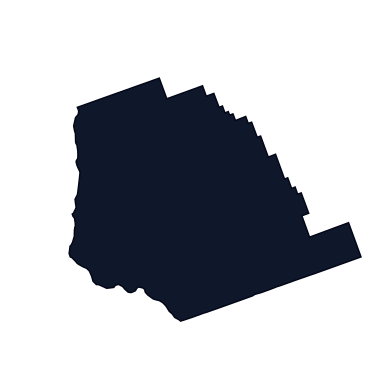 the district of Wallowa, Oregon, United States of America, rotated 160°
{"feature_id": "52423323B53292465895893", "entity_name": "Wallowa", "entity_type": "district", "adm_level": 2, "iso_a3": "USA", "parent_name": "United States of America", "parent_adm1": "Oregon", "projection": "mercator", "projection_center": [-116.925, 45.54], "detail": "fine", "context": "isolated", "style": "filled", "palette": "ink", "viewbox_px": 384, "rotation_deg": 160, "n_neighbors": 0, "source": "geoboundaries", "source_scale": "gbopen_adm2", "svg_char_len": 2124}
<svg xmlns="http://www.w3.org/2000/svg" viewBox="0 0 384 384"><g transform="rotate(160 192 192)"><path d="M270.8,310.8L270.7,308.3L270.8,306.9L271.0,306.3L272.4,303.8L276.0,301.7L280.3,295.0L280.6,294.5L280.7,293.9L281.5,289.1L281.5,287.0L284.2,278.9L284.4,277.8L284.1,275.2L284.2,274.7L285.3,269.5L286.6,265.7L287.5,263.3L288.2,262.3L289.3,261.5L290.3,260.5L290.5,260.1L290.8,258.3L290.9,256.9L290.9,254.5L290.5,250.4L290.6,248.5L294.3,240.9L299.1,231.4L300.5,228.8L304.4,225.1L305.3,221.3L306.1,217.3L307.3,215.8L308.3,214.9L310.4,212.9L310.8,212.6L312.1,212.2L312.1,209.7L311.4,207.8L311.4,207.5L312.3,202.9L313.2,200.0L314.1,199.0L315.6,196.2L317.7,190.7L321.5,185.5L323.7,183.5L325.1,182.8L325.2,182.6L328.5,176.2L328.6,172.8L328.3,172.3L327.4,171.6L326.9,170.5L326.1,168.8L325.1,166.6L324.2,164.1L323.0,162.5L319.8,158.8L317.7,156.9L316.9,155.9L315.6,153.2L315.4,152.0L315.1,147.2L315.5,142.2L315.3,141.5L313.6,137.9L313.1,137.5L312.3,137.3L311.3,136.8L308.0,133.6L305.2,130.8L303.0,130.2L298.2,129.1L297.5,129.5L296.8,130.1L295.6,130.5L293.2,130.4L292.2,129.9L289.5,126.9L288.3,123.6L286.4,120.0L286.3,119.8L284.4,118.7L283.8,118.4L283.1,118.3L279.4,118.5L278.6,118.9L277.7,119.7L276.7,120.4L275.9,120.8L275.1,121.1L274.5,120.9L271.0,118.7L270.0,117.0L269.8,116.6L269.9,115.7L270.1,114.8L270.1,113.8L269.6,112.3L268.9,110.7L268.6,110.1L265.3,105.2L264.4,104.3L262.5,102.9L260.0,101.3L257.5,98.3L257.1,97.5L255.9,94.9L255.3,93.2L254.2,87.7L252.2,84.1L251.1,80.0L247.8,76.3L246.9,74.6L242.5,74.4L234.3,74.2L222.5,74.2L219.2,74.0L193.4,73.8L193.1,73.8L192.7,73.8L170.9,73.7L167.9,74.3L161.3,73.8L152.4,73.8L146.1,73.9L146.0,74.0L145.2,74.0L140.7,73.8L123.0,73.7L122.9,73.7L102.3,73.4L55.4,73.2L55.4,109.6L56.3,109.6L97.0,109.4L96.9,132.1L89.6,132.1L89.7,153.8L93.5,153.8L93.4,161.4L97.2,161.2L97.2,172.6L100.6,172.5L100.6,198.9L108.4,198.7L108.4,221.1L112.0,221.1L112.1,237.2L115.7,237.3L115.7,244.6L126.7,244.3L126.8,251.4L130.4,251.4L130.4,255.1L134.0,255.1L134.0,262.4L137.6,262.3L137.8,277.2L145.8,277.1L145.8,288.2L183.8,288.2L183.8,310.2L270.8,310.8Z" fill="#0f172a" stroke="#020617" stroke-width="1.5"/></g></svg>